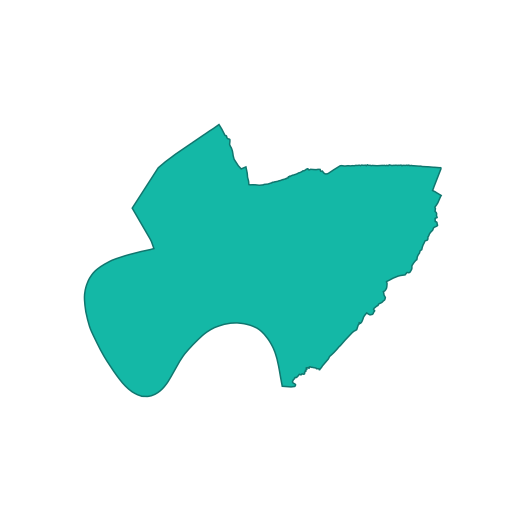 outline of Phra Pradaeng, Samut Prakan, Thailand, rotated 218°
{"feature_id": "78962969B48513607541542", "entity_name": "Phra Pradaeng", "entity_type": "district", "adm_level": 2, "iso_a3": "THA", "parent_name": "Thailand", "parent_adm1": "Samut Prakan", "projection": "mercator", "projection_center": [100.538, 13.653], "detail": "fine", "context": "isolated", "style": "filled", "palette": "teal", "viewbox_px": 512, "rotation_deg": 218, "n_neighbors": 0, "source": "geoboundaries", "source_scale": "gbopen_adm2", "svg_char_len": 6144}
<svg xmlns="http://www.w3.org/2000/svg" viewBox="0 0 512 512"><g transform="rotate(218 256 256)"><path d="M371.9,151.9L372.9,148.3L373.5,145.5L373.8,142.5L373.8,139.9L373.5,136.1L373.0,133.4L371.8,129.3L370.8,126.6L369.6,124.0L367.5,120.3L365.9,118.0L364.1,115.8L360.4,111.8L355.8,107.3L349.8,102.4L344.1,98.2L341.6,96.6L339.1,95.2L335.2,93.2L327.4,89.4L320.8,86.3L314.2,83.5L308.6,81.4L297.3,77.6L291.6,75.9L287.4,74.8L283.2,73.8L278.9,73.1L274.5,72.7L270.1,72.7L267.1,73.1L264.1,73.7L259.5,75.2L254.9,78.6L253.2,80.5L252.4,81.5L251.1,83.7L250.4,85.0L249.3,87.8L248.5,90.7L248.0,93.7L247.8,96.5L247.8,100.6L248.0,103.3L248.7,108.8L251.3,126.0L251.8,132.0L251.9,135.0L251.6,141.2L251.1,147.2L250.2,154.5L249.3,160.2L248.7,163.0L247.9,165.9L246.4,170.1L244.6,174.1L242.3,177.8L239.0,182.6L234.6,187.5L229.8,191.6L226.1,193.9L223.7,195.3L221.4,196.4L217.9,197.9L215.0,198.8L212.1,199.5L210.7,199.8L207.9,200.0L205.2,199.9L201.3,199.4L196.2,198.2L193.6,197.4L190.9,196.4L188.1,195.2L185.4,193.9L181.9,191.9L179.7,190.4L176.3,188.0L170.6,183.3L167.3,180.4L161.8,175.4L155.1,169.5L147.8,174.4L145.2,177.0L145.1,177.6L145.4,178.7L145.7,179.0L146.3,179.1L148.5,178.8L149.4,179.0L149.8,179.3L150.4,181.5L150.1,183.1L150.2,183.4L150.5,183.7L150.5,184.2L150.3,184.5L149.4,185.1L149.2,185.4L149.2,186.8L148.9,187.7L149.1,189.1L149.0,189.4L148.7,189.7L147.6,189.9L147.4,190.0L147.2,190.5L147.3,191.1L147.1,191.4L146.9,191.7L146.3,191.8L145.9,192.0L145.4,192.5L145.2,193.0L145.3,193.3L146.2,194.2L145.8,195.8L146.6,196.2L146.7,196.4L146.2,197.3L146.1,197.8L146.2,198.0L147.0,198.2L147.2,198.3L147.5,198.7L147.3,199.1L147.1,199.4L146.4,199.6L146.3,199.8L146.2,200.2L146.1,200.4L145.7,200.4L145.4,200.1L145.1,200.2L145.1,200.5L145.5,201.5L145.4,201.9L145.1,202.1L143.9,202.3L143.2,202.9L142.0,203.4L141.5,203.8L140.9,204.0L140.0,204.6L138.9,204.4L138.2,205.0L137.0,205.8L136.5,205.8L136.1,205.4L135.8,205.6L135.9,206.5L135.8,208.5L136.0,210.3L135.6,219.3L135.8,220.5L136.1,221.7L136.1,222.5L135.7,224.5L135.2,227.8L134.8,232.2L134.7,236.3L134.4,236.9L134.0,244.4L133.0,255.0L132.5,257.1L131.6,259.0L131.3,260.0L133.0,264.6L132.8,265.8L133.5,266.6L133.6,267.0L132.2,267.3L132.1,268.7L132.2,269.6L132.9,272.1L133.6,274.0L133.8,275.9L133.7,279.3L131.9,279.4L129.9,279.8L128.4,281.6L128.2,282.6L128.6,283.8L128.7,285.8L128.9,286.0L130.4,286.2L130.8,287.3L130.1,290.6L129.9,291.1L129.5,291.8L129.5,292.7L129.8,293.2L129.8,293.5L129.2,294.9L128.4,296.5L128.1,297.6L128.0,299.0L127.7,300.0L127.6,300.8L128.4,302.8L128.8,303.1L130.6,303.8L131.4,304.3L132.6,305.5L133.7,306.3L133.2,307.4L133.0,308.2L133.1,309.8L133.4,311.2L134.3,312.8L135.7,314.9L136.3,315.4L137.3,315.9L137.4,316.2L136.2,318.7L134.3,323.0L131.6,327.7L130.1,329.6L126.9,332.9L126.9,335.9L126.7,336.1L125.7,336.6L125.2,337.0L124.8,337.7L124.7,338.4L125.1,341.0L125.3,341.7L125.6,342.3L127.0,344.1L127.2,344.5L127.5,348.1L127.4,350.9L127.0,352.1L127.4,352.9L128.3,354.4L128.5,355.1L128.9,357.0L129.0,359.0L129.8,360.8L129.8,361.5L129.3,363.0L130.5,365.6L130.8,366.6L131.2,367.8L131.5,369.6L132.0,371.5L132.0,372.2L130.9,373.7L130.8,374.5L131.1,375.3L132.2,376.8L132.3,378.3L132.9,380.0L133.0,382.1L132.7,385.0L132.8,385.6L133.3,387.0L133.4,387.6L133.0,388.8L131.9,390.9L131.8,391.4L131.8,391.9L132.2,392.3L133.0,392.7L133.5,393.4L134.1,393.8L134.7,394.0L135.9,393.5L136.1,393.6L138.0,395.9L138.0,396.1L137.0,397.6L137.0,397.9L138.6,398.9L139.6,400.4L140.0,400.8L140.9,401.2L142.4,401.4L143.8,403.8L144.0,404.0L144.8,404.3L145.0,404.5L145.1,404.8L145.2,407.6L145.5,410.0L147.1,416.3L147.3,417.7L153.0,417.0L154.4,416.9L157.2,416.3L157.9,418.8L158.3,419.8L163.9,438.5L164.6,439.3L164.8,439.3L166.3,438.2L169.1,436.4L171.2,434.9L174.8,432.6L179.6,429.2L180.4,428.7L181.4,428.3L182.8,427.2L187.0,424.4L188.6,423.3L189.5,422.9L190.2,422.0L190.5,421.8L191.2,421.8L191.5,421.7L191.8,421.4L191.9,421.0L192.1,420.8L192.4,420.6L192.8,420.6L193.0,420.5L193.9,419.4L194.6,419.0L195.1,418.5L196.0,418.0L196.3,417.5L196.5,417.0L196.7,416.9L197.4,417.0L197.7,416.9L198.8,415.7L199.6,415.2L200.1,414.5L200.8,414.3L201.3,413.8L202.1,413.3L202.5,412.8L203.8,411.8L204.6,410.9L205.2,410.7L206.0,410.3L207.0,409.9L207.2,409.6L207.4,408.7L207.6,408.4L208.8,408.0L209.2,407.3L209.5,407.0L210.8,406.4L211.3,405.8L212.3,405.1L216.1,401.7L220.2,398.9L220.9,398.0L221.8,397.8L222.6,397.1L223.2,396.7L224.4,396.4L224.5,396.2L224.6,395.3L224.7,395.0L225.8,394.9L226.7,393.9L228.8,392.6L228.9,392.4L229.2,391.6L230.2,391.3L230.5,391.1L230.8,390.9L231.3,390.2L233.4,388.6L234.0,387.7L235.8,386.4L236.8,385.3L239.1,383.8L241.3,381.6L244.2,379.9L245.2,378.9L247.8,371.9L249.7,366.1L250.1,365.2L250.4,364.7L251.5,363.6L252.2,363.3L252.7,363.2L253.9,363.2L255.6,363.7L256.0,363.8L256.2,363.7L256.8,362.8L257.3,362.6L257.5,362.7L258.6,363.6L258.8,363.7L260.6,362.4L261.1,361.7L262.1,360.8L263.4,359.9L266.4,357.9L266.9,356.8L267.3,356.5L267.9,356.3L268.7,356.7L269.0,356.6L269.8,355.3L269.9,354.4L270.7,352.6L271.4,352.1L271.7,351.0L272.5,349.2L273.0,348.4L273.6,347.7L274.1,346.4L274.8,345.1L275.6,344.0L276.3,342.8L277.1,342.0L277.3,341.4L277.8,340.7L277.9,339.9L278.0,339.8L278.6,339.6L278.6,338.9L279.2,338.5L279.2,338.1L278.9,337.7L278.8,337.4L279.6,336.5L279.7,335.6L280.2,335.3L280.5,334.3L281.1,333.9L281.6,332.9L282.1,332.5L283.3,330.4L284.2,329.4L284.8,328.3L287.2,325.6L287.3,325.2L288.4,324.2L288.6,323.8L288.6,323.2L289.2,322.6L290.9,320.0L293.7,317.4L293.9,316.7L296.9,313.8L299.0,312.5L300.2,311.8L302.5,310.1L304.4,308.5L305.1,308.1L305.6,307.9L307.8,310.3L311.2,312.9L313.1,315.0L314.2,316.1L318.8,320.0L321.3,315.5L325.5,316.2L332.1,318.5L332.9,318.8L335.9,321.1L337.0,322.2L339.2,324.2L341.0,325.4L342.2,326.1L343.8,326.7L345.3,327.5L345.8,328.1L346.9,329.9L348.1,331.5L348.5,331.7L348.9,331.7L350.0,331.2L350.8,331.1L351.8,331.3L352.1,331.5L352.7,332.1L353.2,332.4L353.8,332.4L354.3,332.0L354.8,332.0L361.0,334.9L366.1,336.8L368.2,329.8L369.5,326.2L382.0,287.1L385.5,274.2L387.3,265.5L387.3,264.8L383.0,217.5L349.8,204.2L347.3,203.0L341.0,199.0L343.4,195.8L349.2,188.9L356.6,179.3L359.3,175.6L364.4,168.0L366.8,164.1L368.0,161.6L370.3,156.3L371.9,151.9Z" fill="#14b8a6" stroke="#0f766e" stroke-width="1.5"/></g></svg>